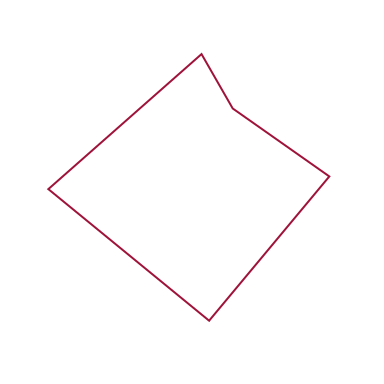 the district of 46, Ad Dawhah, Qatar, rotated 161°
{"feature_id": "91078587B47528801235686", "entity_name": "46", "entity_type": "district", "adm_level": 2, "iso_a3": "QAT", "parent_name": "Qatar", "parent_adm1": "Ad Dawhah", "projection": "equal_earth", "projection_center": [51.544, 25.231], "detail": "fine", "context": "isolated", "style": "outline", "palette": "rose", "viewbox_px": 384, "rotation_deg": 161, "n_neighbors": 0, "source": "geoboundaries", "source_scale": "gbopen_adm2", "svg_char_len": 257}
<svg xmlns="http://www.w3.org/2000/svg" viewBox="0 0 384 384"><g transform="rotate(161 192 192)"><path d="M217.7,64.7L217.2,65.0L216.8,65.3L57.1,162.0L126.3,257.7L138.1,319.3L326.9,241.5L217.7,64.7Z" fill="none" stroke="#9f1239" stroke-width="2"/></g></svg>